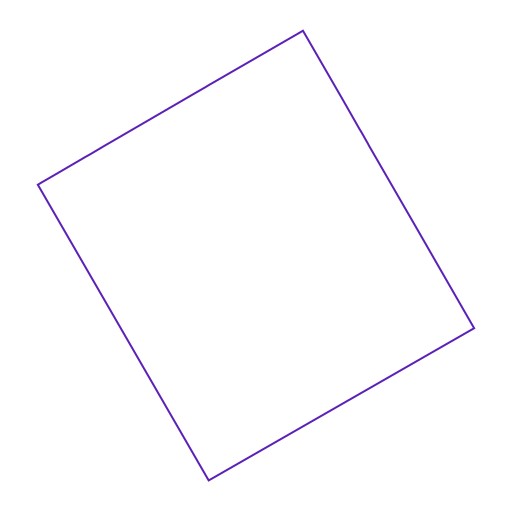 Cheyenne, Kansas, United States of America (Equal Earth projection), rotated 60°
{"feature_id": "52423323B56945179963975", "entity_name": "Cheyenne", "entity_type": "district", "adm_level": 2, "iso_a3": "USA", "parent_name": "United States of America", "parent_adm1": "Kansas", "projection": "equal_earth", "projection_center": [-101.838, 39.786], "detail": "fine", "context": "isolated", "style": "outline", "palette": "violet", "viewbox_px": 512, "rotation_deg": 60, "n_neighbors": 0, "source": "geoboundaries", "source_scale": "gbopen_adm2", "svg_char_len": 442}
<svg xmlns="http://www.w3.org/2000/svg" viewBox="0 0 512 512"><g transform="rotate(60 256 256)"><path d="M426.7,409.2L427.6,103.2L424.3,103.2L357.3,103.1L312.6,103.0L311.9,103.0L216.7,103.0L215.1,102.9L202.0,102.8L197.3,102.9L163.5,102.7L156.7,102.7L84.4,102.7L84.4,210.7L84.5,215.1L84.5,222.3L84.5,232.4L84.8,333.5L85.0,348.9L84.9,354.4L85.1,392.3L85.1,405.2L85.2,409.3L426.7,409.2Z" fill="none" stroke="#5b21b6" stroke-width="2"/></g></svg>